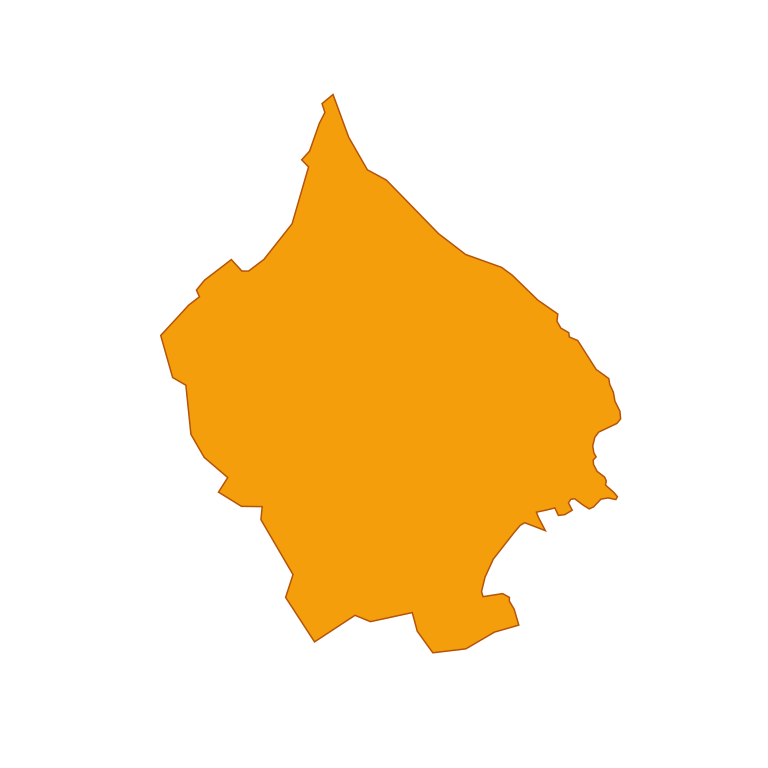 outline of Kotayk, Kotayk, Armenia, rotated 240°
{"feature_id": "60910142B27902732275271", "entity_name": "Kotayk", "entity_type": "district", "adm_level": 2, "iso_a3": "ARM", "parent_name": "Armenia", "parent_adm1": "Kotayk", "projection": "natural_earth1", "projection_center": [44.724, 40.239], "detail": "fine", "context": "isolated", "style": "filled", "palette": "amber", "viewbox_px": 768, "rotation_deg": 240, "n_neighbors": 0, "source": "geoboundaries", "source_scale": "gbopen_adm2", "svg_char_len": 1479}
<svg xmlns="http://www.w3.org/2000/svg" viewBox="0 0 768 768"><g transform="rotate(240 384 384)"><path d="M195.4,194.9L198.2,243.2L185.0,253.4L171.9,294.2L153.3,289.2L126.8,291.9L113.7,322.5L113.9,355.6L107.8,380.2L123.8,384.1L133.3,384.0L136.5,385.9L143.2,381.9L150.3,363.5L151.3,363.7L155.4,364.6L166.1,374.8L177.7,391.1L190.1,421.9L193.5,431.3L193.5,436.5L176.3,450.4L191.9,451.1L196.8,451.9L193.6,461.7L191.2,470.0L183.0,469.3L180.5,475.2L180.6,483.9L188.8,484.3L190.8,488.2L189.2,491.8L179.8,495.8L173.2,499.3L172.8,504.1L175.8,514.3L173.3,521.1L168.0,527.0L169.7,529.8L175.0,528.9L185.7,525.3L189.0,528.1L193.1,528.5L201.7,524.9L209.5,525.2L213.6,527.2L214.8,531.3L219.3,531.3L225.9,533.7L232.5,540.0L235.0,545.9L233.4,566.0L235.5,571.5L242.5,574.7L253.6,575.4L262.2,578.5L270.8,579.3L276.3,581.4L290.5,575.0L324.7,573.5L332.1,568.0L336.0,569.7L344.0,565.1L351.9,565.2L357.7,569.5L379.6,559.2L414.0,549.5L426.3,544.1L431.7,539.5L455.4,519.4L478.0,510.1L486.6,506.5L559.4,488.0L577.8,476.7L615.4,476.8L660.2,484.6L657.8,470.5L648.7,468.6L642.1,458.4L622.9,436.0L619.3,424.8L609.7,427.2L568.7,384.5L551.9,342.2L551.4,338.0L549.7,324.7L549.6,323.5L549.5,323.2L552.9,317.4L568.1,314.0L567.1,306.7L563.7,280.6L559.1,268.5L551.8,267.8L550.0,254.4L542.9,231.8L537.7,214.9L495.3,204.2L482.0,211.8L436.9,191.6L410.3,191.6L381.1,201.9L373.1,186.6L349.3,199.4L338.7,217.2L328.1,209.6L264.4,209.9L248.4,192.1L195.4,194.9Z" fill="#f59e0b" stroke="#b45309" stroke-width="1.5"/></g></svg>